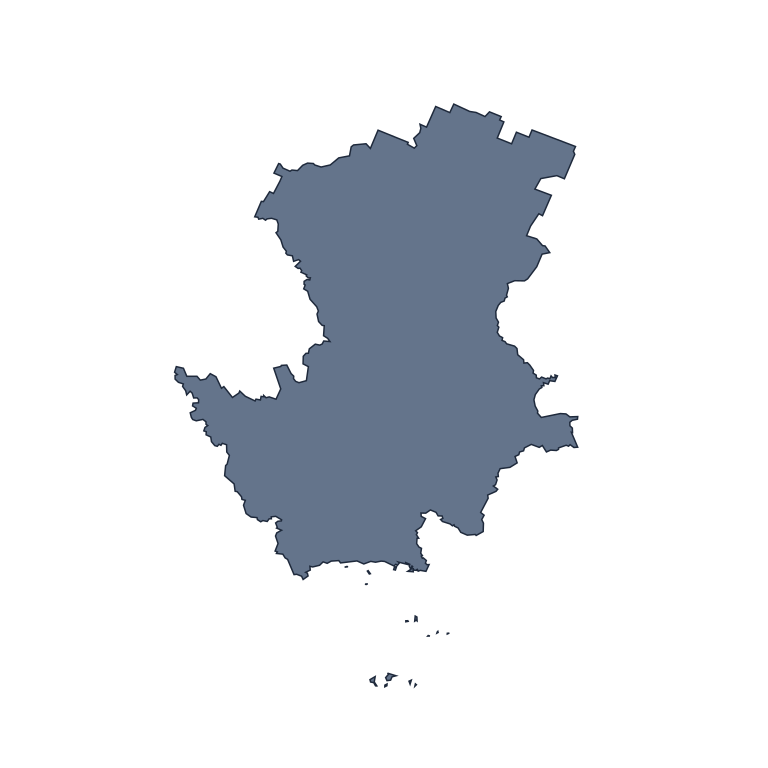 Isaac, Queensland, Australia (Robinson projection), rotated 107°
{"feature_id": "25037944B43894874276355", "entity_name": "Isaac", "entity_type": "district", "adm_level": 2, "iso_a3": "AUS", "parent_name": "Australia", "parent_adm1": "Queensland", "projection": "robinson", "projection_center": [148.499, -22.243], "detail": "fine", "context": "isolated", "style": "filled", "palette": "slate", "viewbox_px": 768, "rotation_deg": 107, "n_neighbors": 0, "source": "geoboundaries", "source_scale": "gbopen_adm2", "svg_char_len": 6176}
<svg xmlns="http://www.w3.org/2000/svg" viewBox="0 0 768 768"><g transform="rotate(107 384 384)"><path d="M261.9,556.5L261.4,553.3L263.0,552.0L261.0,548.3L262.0,545.2L260.2,544.0L258.4,539.9L258.4,534.5L261.9,531.9L269.0,530.2L270.9,531.5L276.3,524.8L282.6,520.5L285.6,516.2L287.6,516.1L288.8,514.1L288.2,509.1L293.1,506.3L290.0,502.0L291.0,499.7L297.5,503.3L298.6,499.9L297.8,498.2L299.6,495.9L301.4,496.1L302.2,489.8L303.4,490.0L304.7,487.4L304.0,485.5L306.2,485.4L306.6,488.2L309.2,490.4L312.0,489.6L312.4,488.3L316.5,488.6L317.6,484.1L324.6,479.5L329.8,470.9L333.4,468.1L336.7,468.5L343.4,464.8L346.0,460.3L345.7,458.2L355.5,455.9L356.8,451.2L359.2,448.1L360.5,454.2L363.8,454.8L365.6,456.8L366.0,461.4L372.2,465.7L376.7,465.3L377.5,467.6L381.1,469.3L388.4,467.3L389.5,461.4L403.5,459.2L407.6,465.7L407.3,469.3L405.3,472.1L402.9,472.6L401.2,475.9L394.3,482.5L396.2,487.6L397.4,487.8L401.1,494.1L418.9,481.3L430.1,482.8L429.9,490.0L431.6,492.8L430.2,495.6L431.3,495.2L431.8,497.9L435.4,497.5L435.9,502.0L437.9,502.3L436.3,513.0L432.9,519.9L435.1,520.1L441.2,525.0L433.3,536.4L435.6,538.2L426.2,546.8L424.9,553.2L431.3,555.8L434.0,560.8L431.3,565.1L434.3,574.8L427.6,580.4L428.1,587.7L434.0,587.7L435.4,584.4L436.9,586.3L440.4,585.2L442.5,581.1L442.6,575.9L445.2,575.9L448.4,571.7L452.1,569.5L447.6,567.3L448.8,564.8L453.0,561.9L451.9,558.7L453.1,556.7L456.2,555.9L458.1,561.0L460.9,560.7L462.1,556.4L464.3,556.6L468.2,560.9L472.2,558.5L473.9,556.5L474.1,552.8L470.8,546.8L472.2,543.2L474.6,542.4L475.3,540.4L477.9,542.5L481.5,542.6L481.6,540.0L484.6,539.3L485.3,534.2L489.6,532.1L492.4,527.8L492.3,525.2L489.9,524.2L490.3,522.0L488.0,521.3L488.1,516.8L495.0,514.5L497.5,511.0L506.5,510.6L508.3,511.6L518.3,509.6L523.4,498.1L530.1,495.0L529.9,492.8L533.5,487.3L535.9,486.1L535.8,482.6L541.0,482.9L548.2,478.0L550.1,472.2L548.9,466.4L550.7,465.4L551.8,461.6L550.0,459.9L549.6,455.5L546.5,454.4L545.8,452.3L544.0,453.0L542.2,448.8L543.8,442.2L544.9,442.1L546.3,445.4L548.6,447.0L552.3,444.1L553.2,444.6L553.8,439.2L557.7,443.0L561.1,443.3L567.5,438.7L575.6,439.3L575.7,436.9L577.5,437.3L576.3,431.0L579.2,427.7L579.9,424.9L592.6,414.3L591.5,411.9L591.9,406.6L594.6,404.2L589.8,400.5L587.4,401.9L587.0,403.9L583.5,400.1L580.0,401.6L579.8,398.7L576.2,392.6L571.9,390.2L572.1,385.9L568.8,382.7L566.1,375.6L567.8,373.2L561.1,358.1L562.0,350.7L557.5,344.8L556.9,340.0L554.2,334.9L553.5,331.5L555.1,321.3L553.0,320.0L553.3,318.1L550.7,317.0L550.1,318.2L549.6,306.9L549.4,309.8L549.1,310.9L548.4,311.1L548.9,306.6L550.8,306.6L553.1,304.5L549.9,304.0L550.3,303.2L553.0,303.9L556.2,306.5L555.0,301.1L552.3,302.2L552.1,301.9L553.3,301.1L552.6,298.0L551.8,298.3L551.5,297.9L553.0,296.6L551.6,294.8L550.9,289.1L543.5,288.1L544.2,290.0L543.3,292.0L540.4,291.9L538.8,295.6L539.4,296.4L537.7,298.0L536.9,297.1L535.1,299.4L530.2,300.1L529.7,302.9L527.1,306.1L521.8,307.3L521.3,305.8L518.6,309.0L516.4,308.5L515.1,310.8L509.7,306.6L500.6,304.9L499.7,309.7L496.6,310.9L495.3,306.3L490.9,302.8L491.5,296.7L494.3,293.7L493.2,289.9L495.3,288.4L497.0,290.3L498.4,287.9L498.5,279.9L499.6,277.1L498.2,275.9L499.4,275.0L500.0,271.1L503.4,267.2L504.2,260.2L501.2,252.7L501.9,251.6L496.1,246.0L488.0,248.2L485.1,250.9L480.2,249.9L478.6,254.0L462.8,251.0L459.9,252.4L453.9,245.5L451.4,244.5L449.6,249.6L447.7,247.9L442.7,247.8L440.2,249.9L439.1,247.6L436.0,248.9L431.0,248.2L426.9,239.2L420.5,233.6L415.0,237.5L412.2,234.4L409.4,234.5L407.1,231.0L404.0,231.0L398.7,225.5L399.2,217.0L396.5,214.6L401.5,208.8L398.5,205.3L397.2,199.7L395.5,198.0L394.1,198.4L389.3,191.9L389.5,189.3L387.6,188.3L389.2,183.8L387.8,180.3L375.4,190.7L375.3,189.5L371.1,191.0L369.6,194.0L366.3,195.1L363.7,193.4L361.1,188.7L358.5,189.2L361.1,196.7L359.4,201.2L360.7,206.7L370.0,223.8L367.0,228.7L364.9,229.0L360.9,233.0L355.3,236.0L349.9,236.2L343.3,234.0L341.2,232.0L339.7,233.0L338.9,230.6L336.1,231.9L336.2,227.0L332.4,226.5L331.6,221.3L325.5,220.5L325.4,223.1L327.8,222.2L328.5,224.9L327.4,226.6L330.5,226.9L330.4,229.1L331.7,230.6L331.3,235.3L333.7,236.8L333.5,240.1L331.0,241.0L330.0,244.6L327.3,245.0L323.3,250.1L321.7,253.1L323.1,256.3L320.0,257.6L316.9,264.7L311.2,267.2L309.6,270.2L309.7,278.5L308.1,280.6L307.8,283.9L305.0,284.1L304.3,287.6L301.5,290.8L296.1,290.8L295.0,292.7L291.4,292.6L288.1,296.1L282.0,298.3L275.4,297.7L271.8,296.2L269.5,293.3L266.5,293.4L264.6,291.6L263.3,292.8L256.1,293.0L251.9,295.4L247.0,289.2L244.3,279.8L241.5,277.4L227.2,272.2L213.6,270.8L209.9,263.9L204.9,270.3L205.3,272.9L200.6,280.3L200.5,291.0L190.1,290.0L175.9,285.7L176.7,281.6L154.6,279.1L153.5,296.7L141.7,294.1L134.2,279.6L135.0,271.5L108.6,268.7L106.1,270.9L100.9,270.3L97.8,316.7L105.6,317.5L104.5,331.0L117.0,332.2L115.7,347.6L98.3,346.0L97.7,350.6L94.0,350.1L92.9,362.7L98.7,365.6L97.4,375.3L98.3,381.7L95.9,399.1L105.2,400.4L103.5,415.7L125.9,418.4L125.1,425.5L128.8,423.5L133.2,423.3L140.4,427.4L146.5,422.3L149.6,424.0L147.9,431.7L145.9,431.5L143.0,463.9L162.7,465.9L159.5,471.4L164.3,483.0L166.8,484.7L175.9,483.7L181.0,493.4L190.2,499.4L194.9,507.6L194.8,514.2L193.8,516.0L195.1,521.7L198.6,525.7L205.2,529.1L206.3,534.6L208.0,536.1L207.1,543.7L204.0,547.5L204.0,549.2L214.5,550.9L215.4,542.3L220.3,542.8L234.1,545.4L233.5,549.6L244.8,552.6L245.2,554.7L261.9,556.5ZM659.5,296.1L660.2,294.8L664.3,296.6L666.8,294.4L665.3,291.1L661.7,290.7L659.5,287.2L659.5,296.1ZM672.6,306.5L674.9,304.1L674.6,303.7L675.1,303.3L674.8,302.6L671.8,306.2L666.4,306.9L670.8,311.0L672.9,309.7L672.6,306.5ZM600.9,283.1L597.2,284.4L596.8,286.3L601.8,285.3L600.5,284.2L600.9,283.1ZM556.2,320.5L558.7,320.5L558.6,318.7L554.8,318.6L556.2,320.5ZM671.7,295.1L673.3,294.7L671.7,293.0L670.0,293.4L671.7,295.1ZM659.2,271.3L660.9,273.2L663.4,271.3L659.2,271.3ZM567.1,344.6L567.8,345.2L570.0,342.5L569.4,341.6L567.1,344.6ZM661.6,266.3L664.0,266.1L662.1,265.1L661.6,266.3ZM604.0,293.9L605.0,293.6L603.9,291.5L603.4,292.0L604.0,293.9ZM579.8,341.1L580.9,343.6L581.0,342.5L579.8,341.1ZM569.3,365.0L569.3,366.1L570.7,368.1L569.3,365.0ZM603.1,248.7L603.9,250.6L604.6,250.4L603.1,248.7ZM604.8,260.2L605.6,260.6L606.8,260.6L605.8,259.6L604.8,260.2ZM611.6,268.2L612.3,268.5L611.6,266.4L611.6,268.2Z" fill="#64748b" stroke="#1e293b" stroke-width="1.5"/></g></svg>